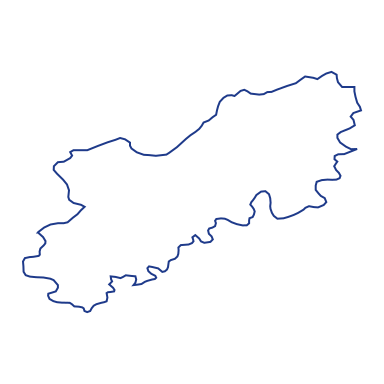 the district of Voranava, Grodno, Belarus
{"feature_id": "67162791B43104058935452", "entity_name": "Voranava", "entity_type": "district", "adm_level": 2, "iso_a3": "BLR", "parent_name": "Belarus", "parent_adm1": "Grodno", "projection": "natural_earth1", "projection_center": [25.132, 54.061], "detail": "fine", "context": "isolated", "style": "outline", "palette": "blue", "viewbox_px": 384, "rotation_deg": 0, "n_neighbors": 0, "source": "geoboundaries", "source_scale": "gbopen_adm2", "svg_char_len": 3478}
<svg xmlns="http://www.w3.org/2000/svg" viewBox="0 0 384 384"><path d="M357.1,149.0L351.1,149.2L346.0,146.7L340.1,142.5L337.4,137.9L337.4,134.6L340.8,132.0L349.7,128.4L354.8,125.3L353.5,119.9L350.7,116.6L353.4,113.0L361.0,110.4L359.9,106.8L357.2,102.7L355.5,96.8L354.4,91.4L354.4,87.0L346.2,87.0L342.1,87.0L338.0,82.2L336.9,78.1L336.6,74.7L331.5,71.9L326.3,73.5L322.2,75.8L317.4,79.1L313.3,77.8L305.1,76.5L300.3,79.9L295.9,83.2L287.0,86.0L277.1,89.6L271.5,91.9L267.3,92.1L263.8,94.1L259.2,94.6L250.7,93.6L247.4,91.3L244.3,89.8L240.6,90.9L236.7,94.2L234.5,96.0L231.7,95.2L227.3,95.5L223.5,97.8L219.8,101.8L218.1,106.2L217.0,110.3L216.1,114.8L212.6,117.2L208.7,120.5L203.6,122.5L201.7,125.8L199.2,128.9L195.3,132.0L190.5,135.2L186.1,138.8L176.9,147.2L169.2,152.8L166.4,154.6L155.9,155.8L149.1,155.1L143.8,154.8L136.8,152.3L131.5,148.5L130.0,145.7L130.0,142.6L125.0,139.3L120.1,138.0L115.5,139.8L107.6,142.3L98.0,145.9L87.3,150.2L79.6,150.2L73.5,150.2L70.2,152.1L72.1,155.6L70.2,158.1L63.8,161.7L57.9,162.2L53.9,166.2L53.7,169.9L57.0,173.7L63.1,179.7L67.0,184.5L69.0,190.3L68.3,197.0L69.2,199.8L73.6,203.0L81.0,204.8L84.6,206.8L80.8,210.4L77.5,214.2L72.9,217.7L67.6,222.3L63.7,223.2L58.0,223.2L50.5,224.5L44.2,227.5L38.2,232.1L37.9,232.5L38.0,232.5L43.1,237.1L45.5,241.1L45.3,243.4L43.7,245.4L40.4,248.5L39.6,251.5L39.8,254.7L38.7,255.9L33.4,256.8L29.6,257.1L24.9,258.1L23.0,261.5L23.4,266.1L23.6,271.8L25.7,275.2L29.9,276.6L36.1,277.2L43.4,277.5L50.3,278.7L53.6,280.1L57.9,285.1L57.9,287.7L55.8,291.4L52.3,292.5L48.3,293.7L48.1,295.7L49.5,298.9L53.3,301.1L57.0,302.2L62.3,302.7L64.8,302.7L69.7,302.8L71.9,304.2L74.3,306.4L79.0,306.7L82.3,307.4L83.7,308.4L84.5,311.0L87.2,312.1L90.2,311.0L91.7,308.2L93.7,305.7L96.4,304.2L101.3,302.8L104.1,302.2L104.7,302.0L106.6,301.3L107.4,297.6L107.0,295.2L106.6,293.1L108.0,292.2L110.5,292.0L114.1,291.4L114.5,290.0L113.1,287.8L111.5,286.4L109.2,284.4L110.5,283.1L112.1,281.4L111.1,279.3L110.7,276.4L115.4,276.9L120.5,278.1L122.9,277.0L125.8,275.3L131.9,276.0L135.4,276.3L136.2,279.5L135.4,282.7L133.5,285.1L137.8,284.6L141.5,284.0L144.9,281.8L147.2,280.9L152.1,279.5L154.9,279.0L156.2,277.7L155.3,275.8L151.3,273.8L148.4,271.2L147.4,268.2L149.0,266.4L152.3,267.0L158.2,268.4L160.2,270.1L162.3,271.9L164.9,271.3L167.0,269.5L168.0,267.2L168.4,264.2L168.8,261.5L170.8,260.1L174.9,258.8L177.4,256.5L178.3,253.9L178.6,250.1L178.4,247.5L180.8,245.1L184.7,244.8L188.6,244.5L192.0,243.1L193.5,241.3L193.1,239.4L192.4,237.3L195.3,235.1L199.2,238.5L201.0,241.4L204.3,242.8L210.4,241.9L212.8,239.4L211.6,236.4L208.9,233.8L208.1,230.5L209.2,228.5L212.4,227.6L215.1,226.1L215.9,223.1L215.1,220.8L216.3,219.0L221.0,218.4L224.8,218.7L227.7,219.9L231.6,222.2L236.7,224.1L242.6,225.4L246.8,225.3L249.1,223.3L249.1,220.5L249.5,218.2L252.6,217.1L253.9,214.6L254.7,211.4L253.7,208.9L252.1,206.6L250.3,204.6L251.3,202.2L252.9,200.3L254.7,197.8L256.4,195.0L261.1,191.6L265.4,191.2L269.0,194.2L270.2,198.2L270.6,202.8L270.2,206.2L270.5,208.8L271.9,212.8L273.8,215.9L277.4,218.7L283.5,218.3L288.0,217.0L291.1,215.9L293.8,214.9L297.9,213.0L301.3,211.0L303.6,209.6L305.4,207.8L309.0,206.2L313.9,207.1L318.0,207.4L319.0,207.0L323.7,205.0L326.3,202.1L324.7,198.1L320.8,195.9L318.6,193.5L315.7,189.9L315.7,185.6L316.7,181.8L321.8,180.1L327.5,179.6L332.3,179.8L336.4,179.6L339.6,178.2L340.5,175.8L338.9,172.9L336.1,170.0L334.2,166.2L336.1,163.3L337.3,161.6L334.5,159.2L334.7,156.0L338.2,154.3L344.2,154.1L357.1,149.0Z" fill="none" stroke="#1e3a8a" stroke-width="2"/></svg>